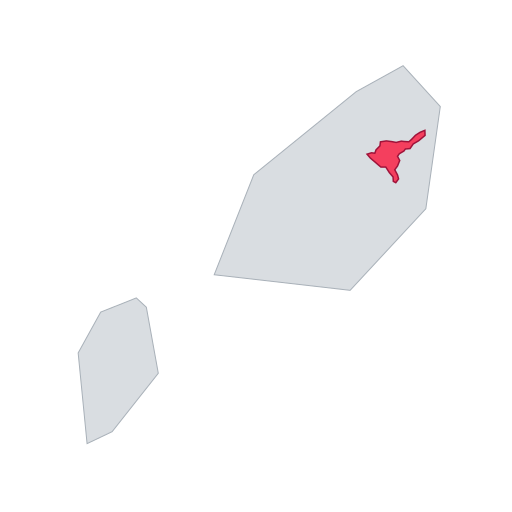 location of Luqa within Malta, rotated 277°
{"feature_id": "MLT-5964", "entity_name": "Luqa", "entity_type": "state/province", "adm_level": 1, "iso_a3": "MLT", "parent_name": "Malta", "parent_adm1": "", "projection": "robinson", "projection_center": [14.484, 35.851], "detail": "fine", "context": "in_parent", "style": "filled", "palette": "rose", "viewbox_px": 512, "rotation_deg": 277, "n_neighbors": 0, "source": "natural_earth", "source_scale": "10m", "svg_char_len": 867}
<svg xmlns="http://www.w3.org/2000/svg" viewBox="0 0 512 512"><g transform="rotate(277 256 256)"><path d="M462.8,378.8L426.8,420.7L323.6,418.8L233.4,353.6L232.3,216.8L336.4,243.9L431.4,335.5L462.8,378.8ZM191.8,153.4L127.7,173.3L64.1,134.6L49.2,111.2L138.1,91.3L181.4,108.7L199.8,142.3L191.8,153.4Z" fill="#d9dde1" stroke="#a8b0b8" stroke-width="1"/><path d="M359.5,369.1L367.1,357.6L370.6,353.8L372.5,358.0L372.5,361.4L376.0,362.2L380.4,365.6L384.5,365.6L386.1,371.3L386.1,376.7L385.8,381.3L387.7,386.2L387.7,388.9L388.0,393.8L390.6,396.1L395.3,399.6L398.8,403.8L401.3,408.3L396.3,409.1L390.2,403.4L386.4,398.4L381.4,395.8L380.4,391.2L378.2,390.0L375.0,385.8L372.2,384.3L368.3,387.0L362.6,385.5L358.5,383.2L353.7,386.6L349.9,388.1L345.8,385.8L346.8,383.2L351.2,382.4L355.0,378.2L360.1,374.0L359.5,369.1Z" fill="#f43f5e" stroke="#9f1239" stroke-width="1.5"/></g></svg>